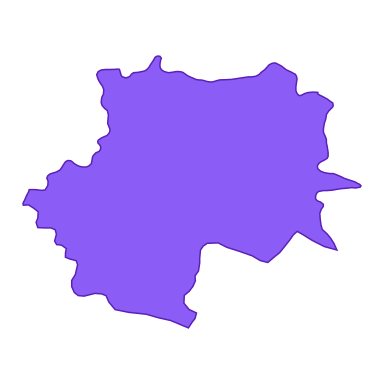 outline of Krasnapolle, Mogilev, Belarus
{"feature_id": "67162791B52564132020414", "entity_name": "Krasnapolle", "entity_type": "district", "adm_level": 2, "iso_a3": "BLR", "parent_name": "Belarus", "parent_adm1": "Mogilev", "projection": "orthographic", "projection_center": [31.401, 53.272], "detail": "fine", "context": "isolated", "style": "filled", "palette": "violet", "viewbox_px": 384, "rotation_deg": 0, "n_neighbors": 0, "source": "geoboundaries", "source_scale": "gbopen_adm2", "svg_char_len": 3529}
<svg xmlns="http://www.w3.org/2000/svg" viewBox="0 0 384 384"><path d="M188.4,327.9L192.2,322.1L195.0,318.6L196.5,313.0L189.1,309.5L183.9,303.2L184.3,295.3L189.1,291.4L193.0,286.3L195.4,280.7L195.0,276.0L198.5,270.9L199.7,263.0L199.7,258.3L200.5,250.0L203.2,246.1L207.2,243.3L218.2,242.9L226.8,247.3L239.0,251.2L252.4,255.9L260.3,260.6L267.8,262.5L275.2,256.2L279.6,252.7L284.7,246.4L289.4,240.5L293.3,234.9L297.2,231.4L302.7,234.5L312.2,240.4L324.4,246.6L336.9,250.0L334.0,243.5L330.7,238.3L327.1,233.9L322.3,229.5L321.0,225.1L320.2,219.1L319.8,213.4L321.4,209.0L323.3,206.5L323.3,204.2L320.3,201.9L317.5,200.9L315.7,199.1L315.6,195.7L317.1,192.6L318.9,191.4L323.2,190.6L326.3,190.6L332.1,190.2L336.3,189.4L341.1,188.7L346.7,188.2L351.8,187.6L355.5,188.0L358.7,187.4L360.0,187.3L361.0,185.8L359.6,184.3L357.8,183.5L355.0,181.9L351.4,180.7L344.7,178.5L341.7,177.0L337.6,175.2L333.5,173.6L329.3,173.5L324.6,172.7L320.6,171.2L317.8,168.7L317.3,165.9L318.8,163.5L320.6,162.0L324.5,160.0L327.1,158.4L328.1,156.4L328.1,152.4L327.6,149.2L327.1,146.0L326.4,142.8L326.4,139.6L325.3,136.4L323.8,133.3L323.3,130.8L323.7,126.9L324.4,123.1L325.7,119.3L326.5,114.4L328.6,111.2L330.4,109.3L332.7,107.0L333.2,105.5L332.8,103.0L331.5,102.1L329.0,100.4L327.7,99.3L325.3,98.0L323.0,96.7L319.3,94.9L317.7,93.7L317.8,92.4L317.2,92.3L312.8,92.1L308.2,92.5L304.7,93.5L302.3,94.8L300.5,95.5L299.2,95.6L297.2,93.8L295.9,90.6L295.9,86.5L296.4,83.3L297.0,78.9L296.5,76.3L295.5,74.6L295.2,74.2L293.2,73.2L290.9,71.9L289.3,71.2L286.3,69.8L283.7,67.8L281.4,66.0L279.9,65.2L275.3,62.9L272.1,63.3L269.0,64.9L267.2,67.0L264.7,69.7L260.9,72.6L259.3,74.4L256.0,76.2L251.5,76.9L248.3,76.9L244.7,77.4L239.5,78.2L231.5,79.4L225.6,79.7L219.8,79.9L216.9,80.6L215.1,81.2L212.1,82.0L209.6,81.9L206.6,81.4L204.1,80.6L201.3,80.0L199.8,80.0L196.4,79.6L192.7,78.0L190.7,77.2L187.6,75.7L184.8,73.7L182.7,72.3L180.4,71.7L177.4,71.5L175.4,71.7L171.9,72.3L168.3,72.7L164.1,71.5L161.8,70.0L160.5,68.3L159.9,66.1L160.0,63.8L160.6,60.1L161.4,58.2L159.8,56.2L157.2,56.1L155.2,57.2L154.0,59.2L153.1,60.8L150.2,65.1L149.1,67.1L147.1,69.3L144.8,70.9L141.8,71.6L138.1,72.3L133.5,72.7L131.5,74.1L129.7,76.6L125.9,77.9L122.2,76.7L121.2,75.4L120.0,71.3L119.4,69.3L117.4,69.1L114.0,69.4L109.1,69.5L105.1,69.5L101.2,70.0L98.2,71.6L96.7,74.6L97.6,77.9L98.7,80.5L100.2,83.0L102.5,86.3L103.8,89.7L103.4,94.1L101.9,97.2L101.4,99.8L101.2,102.7L102.1,105.5L104.9,108.7L107.3,110.5L108.4,115.0L108.0,119.3L107.7,123.4L108.6,125.9L109.9,129.2L109.8,131.3L108.9,133.4L107.0,135.5L103.7,136.9L101.3,138.0L98.3,140.1L97.7,141.5L98.1,143.3L99.8,144.9L100.8,147.3L100.3,149.8L99.1,151.4L95.7,152.9L93.3,155.5L92.5,157.2L91.8,161.2L91.3,163.7L88.9,165.9L86.4,167.0L83.8,167.0L82.0,166.9L79.8,166.4L77.7,165.6L75.4,164.3L73.8,163.2L72.3,161.8L70.8,160.8L68.2,160.5L66.4,161.1L65.3,162.0L63.9,164.0L63.0,165.5L61.9,167.2L60.4,169.5L59.2,170.5L55.8,172.2L53.0,173.0L49.9,174.0L47.6,176.0L46.8,178.3L48.1,181.2L47.8,185.5L45.2,189.9L41.9,190.4L35.5,189.6L31.3,189.6L29.2,189.6L28.5,192.0L26.5,195.7L24.8,199.7L23.0,203.2L23.3,205.2L28.5,204.9L33.6,208.1L38.2,211.8L37.8,218.1L36.1,222.4L37.8,227.6L43.8,227.9L50.7,227.9L55.2,229.7L56.4,234.2L54.6,241.1L56.6,244.6L61.5,245.1L66.3,248.6L65.5,252.6L65.4,257.2L69.5,258.9L76.2,260.7L77.6,264.7L75.3,274.6L71.7,280.4L71.7,286.6L74.3,292.5L78.3,295.6L82.8,296.0L84.2,296.1L94.9,293.4L101.7,293.9L106.1,295.7L108.8,302.0L115.1,309.6L129.0,312.4L146.0,314.2L158.6,317.8L170.7,320.5L181.4,325.0L188.4,327.9Z" fill="#8b5cf6" stroke="#5b21b6" stroke-width="1.5"/></svg>